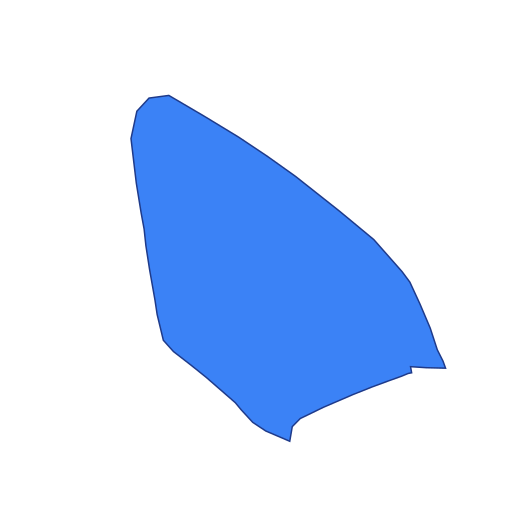 outline of Tonga, Tuvalu, rotated 151°
{"feature_id": "33948139B52868030722723", "entity_name": "Tonga", "entity_type": "district", "adm_level": 2, "iso_a3": "TUV", "parent_name": "Tuvalu", "parent_adm1": "", "projection": "equal_earth", "projection_center": [176.319, -6.294], "detail": "fine", "context": "isolated", "style": "filled", "palette": "blue", "viewbox_px": 512, "rotation_deg": 151, "n_neighbors": 0, "source": "geoboundaries", "source_scale": "gbopen_adm2", "svg_char_len": 694}
<svg xmlns="http://www.w3.org/2000/svg" viewBox="0 0 512 512"><g transform="rotate(151 256 256)"><path d="M144.6,66.0L143.4,73.4L142.9,86.1L138.6,108.4L135.9,134.2L134.1,158.5L135.8,171.4L145.0,213.2L161.1,254.4L182.8,306.4L197.5,337.2L213.4,368.1L233.6,403.5L254.4,438.7L273.0,446.0L290.0,440.4L308.4,419.3L325.3,377.9L335.6,349.3L340.8,333.8L347.3,318.4L355.7,295.6L365.7,266.5L370.8,252.8L377.9,227.2L374.5,212.4L365.7,191.9L358.5,174.3L345.2,137.7L343.5,128.6L339.5,112.1L332.3,98.2L316.3,77.6L307.0,89.2L296.1,92.4L270.4,91.0L238.3,87.8L218.6,85.3L200.4,82.5L187.0,80.3L179.9,79.5L176.5,78.4L174.5,84.3L161.3,75.8L144.6,66.0Z" fill="#3b82f6" stroke="#1e3a8a" stroke-width="1.5"/></g></svg>